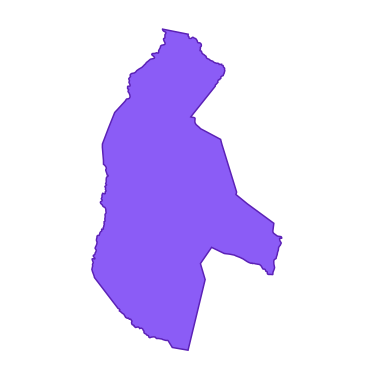 the district of Talanga, Francisco Morazán, Honduras, rotated 278°
{"feature_id": "27666195B86037952896272", "entity_name": "Talanga", "entity_type": "district", "adm_level": 2, "iso_a3": "HND", "parent_name": "Honduras", "parent_adm1": "Francisco Morazán", "projection": "natural_earth1", "projection_center": [-87.046, 14.389], "detail": "fine", "context": "isolated", "style": "filled", "palette": "violet", "viewbox_px": 384, "rotation_deg": 278, "n_neighbors": 0, "source": "geoboundaries", "source_scale": "gbopen_adm2", "svg_char_len": 6054}
<svg xmlns="http://www.w3.org/2000/svg" viewBox="0 0 384 384"><g transform="rotate(278 192 192)"><path d="M151.8,286.9L152.5,287.0L153.4,287.4L154.2,287.3L156.0,285.8L157.2,285.4L157.9,285.2L158.3,285.3L158.4,285.6L158.6,286.9L158.7,287.2L159.0,287.2L159.5,287.1L159.9,286.8L160.2,286.3L160.2,283.4L160.3,282.6L162.2,279.1L162.6,278.5L163.0,278.1L163.8,277.7L164.5,277.5L172.4,277.4L188.0,248.4L195.6,235.9L198.1,236.2L243.3,215.0L248.1,213.0L255.9,191.6L256.9,190.4L257.4,189.6L259.3,186.7L260.5,185.7L261.2,185.3L262.2,185.0L265.2,184.8L265.7,184.5L265.9,184.1L266.0,183.6L266.1,180.9L266.2,180.3L300.0,200.3L300.6,200.2L301.3,200.3L301.7,200.6L302.1,201.0L303.2,201.7L304.2,202.4L304.7,202.2L305.2,202.1L306.6,202.5L307.0,203.0L307.1,203.7L307.5,203.9L308.0,204.0L308.5,204.7L309.0,204.7L309.7,204.6L310.3,204.7L311.1,205.7L311.4,206.4L311.7,206.7L312.8,206.8L313.6,207.2L316.6,207.6L317.1,207.5L317.5,207.2L319.0,207.1L319.3,206.9L320.0,205.9L321.5,205.2L321.7,204.9L321.8,204.2L322.0,203.7L322.2,203.4L322.6,203.4L322.1,201.2L322.6,201.0L323.0,200.3L323.1,199.4L322.8,198.1L323.1,197.7L323.2,196.4L323.5,195.9L323.7,195.2L324.3,194.6L324.5,194.0L324.7,192.6L325.2,191.4L325.8,190.5L326.1,189.3L326.4,188.3L327.1,187.5L327.4,187.3L328.0,187.2L328.5,186.8L329.0,185.6L329.3,185.4L330.5,183.0L330.8,182.7L332.7,181.7L332.9,181.4L333.0,180.5L333.4,180.2L334.8,180.4L336.5,180.1L337.5,180.8L338.2,180.9L338.9,180.8L339.7,180.5L340.4,179.8L340.7,179.2L340.8,178.8L340.6,177.4L340.8,177.1L341.3,176.6L342.3,176.2L343.0,175.7L343.9,174.9L344.4,174.3L344.7,172.9L345.3,171.7L345.3,171.3L345.2,170.9L344.1,169.9L343.9,169.6L343.8,168.9L343.8,168.0L344.2,167.6L345.3,167.3L346.0,166.4L347.7,166.3L349.2,140.2L348.7,140.2L347.7,141.0L347.2,141.8L346.7,143.4L346.4,143.9L345.1,143.9L344.5,143.5L344.0,143.3L340.9,143.7L340.5,143.4L340.0,142.6L339.6,142.5L339.1,142.6L337.5,143.4L337.0,143.8L336.0,144.5L335.2,144.7L334.7,144.6L334.3,144.4L334.0,143.9L333.1,141.5L332.2,140.6L330.6,140.5L328.7,139.8L327.5,139.3L325.7,139.5L325.3,139.5L325.0,139.3L324.8,138.7L324.9,138.0L324.9,137.4L324.1,136.0L323.7,133.9L323.5,133.4L323.2,133.2L322.7,133.0L322.3,133.2L322.0,133.5L320.8,135.5L319.8,136.2L319.5,136.2L319.3,136.1L318.8,135.3L317.7,132.3L315.3,130.2L314.3,129.2L313.5,128.6L312.4,128.1L311.5,127.3L310.3,126.5L308.4,125.0L306.4,122.4L304.5,120.4L302.8,119.4L302.2,118.7L301.7,117.9L301.0,115.8L300.4,115.1L299.6,114.5L298.9,114.5L298.3,114.8L297.8,115.0L296.0,113.9L295.3,113.6L293.4,114.6L292.2,114.3L291.8,114.3L291.3,114.6L290.7,115.0L289.4,115.8L288.6,115.9L288.4,115.8L288.2,115.6L287.8,113.8L287.6,113.6L287.1,113.6L285.5,113.8L285.1,114.2L284.9,114.7L284.5,115.0L283.1,114.7L282.6,114.7L282.0,115.1L281.4,115.8L279.5,116.9L277.9,117.4L277.1,117.3L276.3,117.0L275.7,116.4L275.5,116.0L275.0,114.4L274.7,114.1L272.6,113.1L260.0,104.4L243.3,100.3L227.1,96.6L223.8,97.0L211.0,99.9L207.1,100.5L206.5,101.6L205.5,102.7L204.4,103.6L203.4,103.9L202.1,103.5L201.3,103.6L198.6,105.0L197.1,105.6L197.1,106.0L197.0,106.3L196.7,106.5L196.4,106.7L196.0,106.6L195.5,105.9L194.1,105.2L192.1,105.3L190.0,105.7L188.1,105.3L187.8,105.6L187.4,106.3L187.1,106.4L186.4,106.0L185.7,105.2L185.3,105.0L184.9,105.2L184.1,105.9L182.5,105.9L182.0,106.2L181.5,106.6L180.9,106.7L180.7,106.6L180.3,106.2L179.8,106.0L178.6,106.3L178.3,106.2L178.1,105.8L178.0,105.3L178.3,103.8L177.8,103.6L177.1,103.4L176.2,103.3L174.4,103.6L172.6,103.1L171.7,104.1L171.3,104.2L170.5,103.9L169.6,102.8L169.1,102.7L168.5,102.9L167.8,103.4L166.8,104.9L166.1,105.3L165.4,105.9L165.0,106.6L164.7,107.8L164.2,108.3L163.0,109.0L160.9,109.4L159.8,109.8L159.1,109.7L158.0,109.1L157.5,109.0L155.3,109.5L153.3,109.4L151.4,109.9L150.9,109.8L150.4,109.1L150.0,109.2L148.6,109.3L148.3,109.4L148.1,109.7L147.9,109.7L146.5,109.4L145.3,109.4L144.2,109.0L143.1,109.4L142.8,109.1L142.7,107.9L142.4,107.7L141.3,108.0L140.9,108.0L140.6,107.8L139.9,107.0L139.1,106.6L136.2,106.1L136.1,105.9L135.9,104.8L135.3,104.2L134.9,104.1L133.7,104.2L132.0,104.0L130.8,104.1L130.2,104.3L129.7,104.7L129.3,104.9L128.0,105.0L126.9,104.9L125.6,104.6L123.9,104.0L123.1,103.9L122.5,104.0L121.4,105.1L120.7,105.3L119.3,105.1L118.6,104.7L116.6,104.4L116.2,104.1L115.7,103.3L115.3,103.1L114.8,103.2L114.4,103.4L114.0,103.8L113.2,104.8L112.8,105.1L112.5,105.1L112.2,105.0L112.1,104.7L112.1,104.4L112.2,103.7L112.1,103.1L111.9,102.6L111.7,102.4L110.9,102.7L108.3,104.1L106.6,103.5L104.9,103.9L101.5,103.6L99.6,104.4L95.1,106.8L94.1,107.1L93.5,107.5L66.4,135.0L66.2,135.8L65.8,136.5L65.3,136.9L64.2,136.6L63.5,138.0L62.5,139.4L61.4,141.6L59.8,142.8L59.3,143.4L58.7,143.6L58.6,143.8L58.0,145.4L58.0,145.9L58.2,146.4L58.2,146.7L57.3,147.6L57.5,148.7L57.4,149.1L56.4,149.9L56.1,150.3L55.8,150.5L55.5,150.5L54.8,150.3L54.2,150.3L53.3,150.6L52.6,151.0L52.3,151.3L51.9,152.7L51.7,153.1L51.4,153.4L51.1,153.3L50.8,153.9L50.1,154.6L50.0,155.1L50.7,156.9L50.8,157.6L50.6,158.2L49.5,159.3L50.0,160.1L50.1,160.4L50.1,161.0L49.9,161.5L49.3,162.4L48.1,163.1L47.6,163.7L47.2,163.9L46.2,164.0L45.7,164.3L45.4,164.8L44.8,166.4L44.1,167.0L43.9,167.9L43.7,168.7L43.2,169.1L42.2,169.6L41.9,170.2L41.9,170.7L42.6,171.9L43.3,174.4L43.1,175.9L42.2,176.9L42.0,177.3L42.3,179.4L42.2,181.3L42.3,182.1L41.8,183.8L41.4,186.5L41.4,187.0L41.6,188.1L41.6,188.7L41.4,189.1L35.3,194.1L34.8,210.1L107.1,217.2L122.3,210.3L139.9,219.1L135.6,232.5L135.6,234.0L135.7,237.7L135.4,242.8L134.9,244.2L133.9,248.6L132.8,252.0L130.9,256.0L130.2,257.8L129.9,259.0L129.6,260.4L130.0,261.2L129.9,261.5L129.6,261.8L129.9,263.4L129.7,265.1L129.6,269.0L128.6,270.6L125.7,272.9L125.6,273.5L125.7,274.1L125.7,274.5L125.6,274.9L125.4,275.3L123.9,276.1L123.7,276.6L123.6,277.2L123.4,277.5L123.0,277.7L121.7,278.0L121.4,278.2L121.2,278.5L121.0,279.3L121.3,281.2L121.4,283.1L121.5,283.4L121.7,283.5L123.0,283.4L123.9,283.4L126.9,284.1L128.4,284.3L129.0,284.2L132.0,283.1L134.8,282.6L135.7,282.6L136.5,283.0L137.2,283.7L137.6,284.3L138.1,284.6L139.5,284.6L140.8,284.9L142.2,285.1L144.0,285.1L146.4,285.6L149.0,285.5L150.5,286.1L151.8,286.9Z" fill="#8b5cf6" stroke="#5b21b6" stroke-width="1.5"/></g></svg>